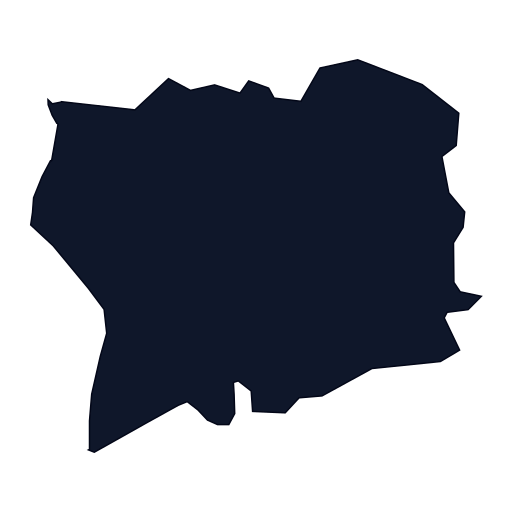 Antrim, orthographic projection
{"feature_id": "GBR-2092", "entity_name": "Antrim", "entity_type": "District", "adm_level": 1, "iso_a3": "GBR", "parent_name": "United Kingdom", "parent_adm1": "", "projection": "orthographic", "projection_center": [-6.293, 54.687], "detail": "fine", "context": "isolated", "style": "filled", "palette": "ink", "viewbox_px": 512, "rotation_deg": 0, "n_neighbors": 0, "source": "natural_earth", "source_scale": "10m", "svg_char_len": 938}
<svg xmlns="http://www.w3.org/2000/svg" viewBox="0 0 512 512"><path d="M30.7,224.9L32.5,212.5L33.6,197.7L42.1,176.6L50.5,160.7L51.6,160.7L58.0,124.2L57.2,123.4L56.8,123.3L52.2,115.3L48.2,104.8L48.0,99.7L52.3,103.8L61.5,102.0L61.5,101.7L134.9,109.9L168.5,78.6L190.5,90.4L214.6,84.9L240.0,93.1L248.7,80.9L268.6,88.1L274.1,98.1L300.9,101.3L320.0,68.0L357.7,59.8L422.2,84.6L458.8,113.2L456.2,145.5L441.9,156.5L448.8,192.8L464.7,211.9L463.1,227.3L453.5,242.8L453.9,282.4L460.2,291.8L481.3,296.3L468.1,309.6L447.1,312.3L444.2,317.9L459.6,350.1L440.4,361.5L372.0,368.5L322.0,395.9L299.1,397.8L285.2,412.8L252.6,411.4L251.2,391.0L238.3,380.9L233.4,382.4L234.1,394.3L234.7,413.6L228.8,424.6L217.6,424.6L207.5,420.1L197.9,409.9L187.2,401.6L178.2,405.3L146.6,422.8L94.3,452.2L88.5,449.9L89.5,449.4L89.5,420.8L91.7,394.1L100.3,356.3L106.7,333.3L104.1,309.4L88.2,288.1L53.1,245.7L30.7,224.9Z" fill="#0f172a" stroke="#020617" stroke-width="1.5"/></svg>